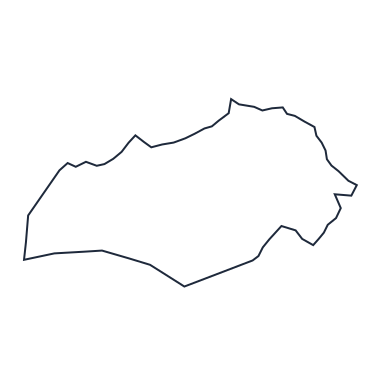 Serraria, Paraíba, Brazil (Robinson projection), rotated 183°
{"feature_id": "56859067B89128788877963", "entity_name": "Serraria", "entity_type": "district", "adm_level": 2, "iso_a3": "BRA", "parent_name": "Brazil", "parent_adm1": "Paraíba", "projection": "robinson", "projection_center": [-35.654, -6.835], "detail": "fine", "context": "isolated", "style": "outline", "palette": "slate", "viewbox_px": 384, "rotation_deg": 183, "n_neighbors": 0, "source": "geoboundaries", "source_scale": "gbopen_adm2", "svg_char_len": 912}
<svg xmlns="http://www.w3.org/2000/svg" viewBox="0 0 384 384"><g transform="rotate(183 192 192)"><path d="M157.8,286.8L159.5,272.6L169.0,264.7L175.6,258.6L182.9,256.1L192.4,250.3L201.4,245.3L212.9,240.4L224.3,237.9L235.0,234.5L242.7,239.5L251.5,245.6L257.9,237.9L264.4,228.4L272.4,221.0L280.9,215.3L288.5,213.2L299.5,216.6L309.4,211.1L317.7,214.4L325.5,206.7L354.4,160.0L355.2,133.2L356.2,115.5L326.2,123.5L296.1,126.8L278.8,128.8L251.5,122.4L230.1,117.1L194.7,97.2L127.9,126.8L122.3,131.5L118.4,140.4L112.3,148.8L100.9,162.7L86.5,159.1L79.5,150.9L68.2,145.3L63.1,151.7L58.2,158.3L54.7,166.4L46.8,173.5L42.6,183.7L49.3,197.2L32.7,196.7L27.8,207.5L36.4,211.4L46.8,220.5L54.1,225.7L59.0,231.8L60.8,240.4L65.1,248.1L70.7,254.7L73.1,263.3L83.3,268.2L93.3,273.4L101.2,275.0L105.8,281.2L116.5,279.8L126.0,277.1L134.4,280.3L142.5,281.2L149.7,282.0L157.8,286.8Z" fill="none" stroke="#1e293b" stroke-width="2"/></g></svg>